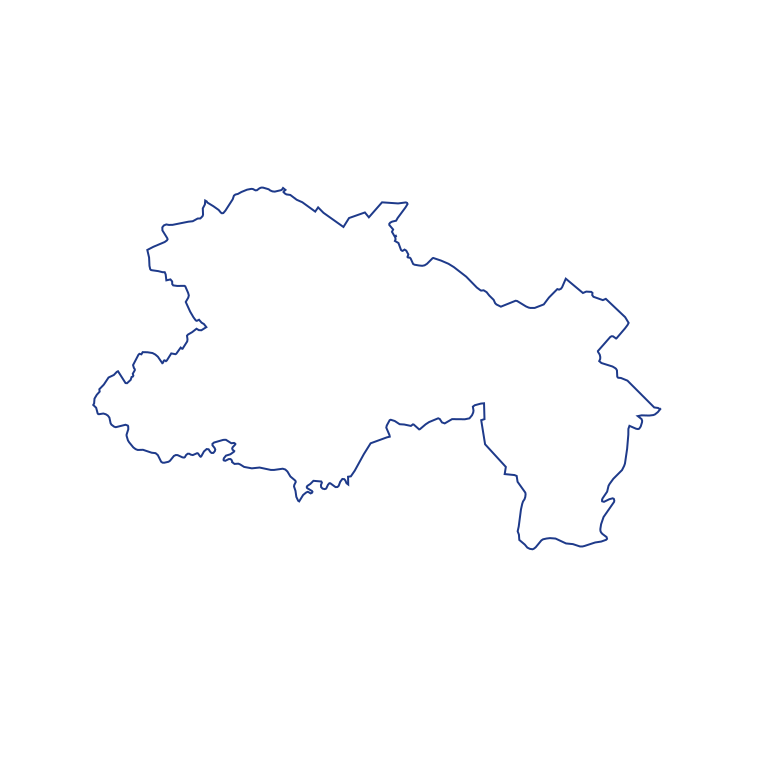 Dong Son, Thanh Hóa, Vietnam, rotated 307°
{"feature_id": "81297802B98540731986743", "entity_name": "Dong Son", "entity_type": "district", "adm_level": 2, "iso_a3": "VNM", "parent_name": "Vietnam", "parent_adm1": "Thanh Hóa", "projection": "mercator", "projection_center": [105.69, 19.795], "detail": "fine", "context": "isolated", "style": "outline", "palette": "blue", "viewbox_px": 768, "rotation_deg": 307, "n_neighbors": 0, "source": "geoboundaries", "source_scale": "gbopen_adm2", "svg_char_len": 6154}
<svg xmlns="http://www.w3.org/2000/svg" viewBox="0 0 768 768"><g transform="rotate(307 384 384)"><path d="M479.8,185.4L477.7,185.5L476.7,185.0L471.9,181.0L470.7,179.0L470.1,176.7L470.1,174.7L469.4,172.8L468.0,169.1L466.9,167.7L465.4,166.8L462.3,165.9L461.3,164.8L460.8,161.9L460.0,160.6L456.8,157.7L451.6,154.6L447.8,152.9L445.9,151.3L444.1,150.8L440.5,152.0L427.0,153.0L423.8,152.8L422.8,151.8L422.7,150.6L423.5,147.2L423.3,140.7L422.6,133.7L423.1,132.6L422.9,130.8L419.6,132.9L415.2,133.6L410.3,137.6L408.8,138.1L405.7,137.7L404.0,135.6L398.9,133.3L395.9,130.1L383.9,119.4L381.6,116.5L380.4,114.1L378.3,112.8L377.0,112.7L375.7,112.7L373.3,114.6L370.0,123.2L369.3,124.1L368.0,124.2L365.4,123.4L354.7,117.2L348.6,114.3L343.6,120.3L337.2,125.6L335.0,128.2L334.8,129.2L335.2,130.2L338.3,135.8L340.1,140.0L341.3,141.6L340.1,143.7L335.8,147.8L339.0,150.5L338.4,153.1L336.3,154.8L335.9,156.3L337.9,159.9L342.2,165.4L342.4,166.5L338.9,172.7L337.3,174.8L335.2,175.7L330.2,176.3L325.1,185.7L322.6,191.7L321.5,195.4L321.8,196.5L324.0,197.6L323.2,201.4L323.5,204.1L322.5,207.9L317.0,205.8L315.6,203.7L315.3,201.0L310.0,199.6L305.5,197.7L304.0,197.6L301.4,200.2L299.6,201.2L290.9,201.9L290.6,201.3L290.7,199.7L283.2,199.9L282.3,199.5L280.4,195.7L272.1,196.4L271.0,196.1L270.9,194.6L270.2,194.1L268.0,194.7L267.2,194.4L269.7,187.0L269.9,183.6L269.4,180.5L267.0,176.0L264.2,172.1L261.7,172.4L260.9,170.5L259.5,170.3L248.1,172.2L246.3,174.6L245.8,176.1L245.0,176.7L241.0,177.2L239.8,178.8L238.7,178.9L237.7,178.2L234.8,179.2L230.0,178.3L229.2,177.0L234.1,163.9L232.9,163.3L228.6,162.8L223.4,160.1L214.9,160.6L208.5,159.8L206.8,161.5L202.6,161.1L198.1,161.6L194.0,164.2L192.3,164.4L191.8,168.4L188.2,173.0L188.0,174.0L188.5,174.7L191.5,177.6L192.4,180.0L192.6,182.4L191.9,184.9L188.1,189.3L187.5,190.8L187.5,194.2L188.1,195.8L195.9,202.1L196.6,204.5L196.1,205.3L194.0,207.0L188.6,208.9L187.7,209.6L184.9,213.4L184.1,215.4L182.5,221.9L182.5,224.8L183.1,227.0L186.4,231.1L189.3,239.8L191.3,243.2L191.1,246.2L187.8,252.8L187.9,254.5L188.9,255.9L192.2,258.7L193.9,259.3L200.1,259.5L202.0,260.5L203.0,262.0L204.1,267.1L204.9,268.6L205.7,269.0L208.2,268.7L210.2,269.2L211.1,270.4L211.3,272.2L212.2,274.1L216.3,276.4L216.6,277.4L215.5,280.6L215.6,281.4L216.2,281.6L221.8,280.8L225.3,281.5L226.3,283.2L225.3,286.0L225.1,287.7L226.3,289.2L228.6,289.3L230.1,288.7L231.0,287.1L231.8,283.9L233.0,283.0L235.0,283.5L242.7,289.3L244.3,291.3L244.8,297.7L246.7,299.7L246.8,301.2L246.3,301.6L242.4,301.2L241.2,301.5L240.4,302.6L240.3,304.8L239.5,304.9L235.4,303.6L231.7,300.9L228.3,300.8L226.8,301.5L226.6,302.2L227.2,303.5L230.6,305.2L231.7,306.6L231.6,307.9L230.7,309.5L230.2,309.7L230.2,312.7L232.7,315.6L233.2,317.5L233.6,322.2L237.1,329.2L242.4,334.9L247.3,345.4L249.1,347.8L255.4,354.1L256.3,356.6L256.0,359.5L253.8,364.9L253.5,370.7L253.2,371.9L252.6,372.5L249.4,373.1L248.0,373.8L245.4,377.6L241.1,381.9L239.1,385.7L239.2,386.9L246.7,386.2L250.4,387.1L251.9,387.9L252.2,388.6L252.5,391.3L254.0,392.0L254.9,391.7L255.2,390.9L254.6,385.3L255.2,384.3L256.5,384.1L259.8,385.3L264.2,385.9L268.4,392.6L267.8,393.8L265.4,394.4L263.8,395.9L263.5,397.9L264.3,399.8L265.3,400.6L266.0,400.7L269.8,399.9L271.9,400.1L272.4,400.9L272.5,407.3L273.7,408.8L275.5,409.1L279.5,407.9L283.1,407.9L284.1,409.6L283.7,411.2L282.2,413.8L282.2,415.9L288.3,411.1L290.3,413.1L297.2,412.8L315.9,410.1L328.6,409.0L343.1,418.4L345.4,420.3L346.5,419.1L350.5,412.1L352.5,411.2L358.5,410.3L359.5,410.9L360.9,414.8L361.3,420.7L363.8,424.5L366.7,430.7L369.2,431.4L369.5,432.2L368.9,439.4L369.6,439.9L376.8,441.5L380.7,442.9L389.2,447.9L389.6,449.6L388.2,453.4L389.1,456.2L396.9,459.5L404.5,469.8L408.0,472.9L412.0,473.1L414.9,472.4L416.6,471.5L419.4,468.6L421.7,469.3L426.7,473.2L428.8,475.5L416.4,485.4L413.6,483.4L396.7,501.0L391.1,531.2L384.7,534.6L389.8,543.0L390.4,545.3L386.3,549.5L382.3,562.2L381.2,563.4L378.8,564.8L376.4,565.6L373.9,565.7L371.5,566.5L366.2,568.9L351.2,577.4L346.8,579.4L344.9,582.4L340.9,585.9L340.5,593.1L339.6,596.9L340.1,599.6L341.4,602.1L342.6,602.8L344.9,603.4L353.8,603.8L355.7,604.5L358.4,606.8L360.8,609.3L363.8,614.0L366.2,625.3L369.8,631.2L372.2,638.3L373.7,640.3L375.3,641.6L384.5,648.0L388.9,652.3L393.3,655.2L394.6,655.3L395.7,653.9L395.7,648.6L396.1,646.7L396.9,645.3L398.3,644.1L402.6,641.8L409.9,639.4L428.3,638.7L429.6,638.0L430.6,636.6L430.3,635.4L427.6,633.3L422.3,630.6L421.6,628.8L422.6,627.9L424.1,627.4L432.3,627.0L437.8,624.6L440.0,624.3L446.3,624.2L458.5,625.9L463.0,625.1L465.5,624.3L478.5,617.2L490.6,609.6L495.2,606.2L498.3,605.2L500.0,612.3L500.9,614.0L501.9,614.7L504.5,614.6L508.7,613.1L510.0,612.3L511.0,610.8L511.1,606.0L514.0,608.6L518.4,614.8L521.3,617.8L522.8,618.7L526.3,619.6L531.1,619.8L529.9,619.3L529.8,617.3L527.9,613.9L533.2,576.4L531.4,569.6L529.9,567.2L530.2,565.9L535.1,561.8L535.8,560.1L535.8,558.8L535.5,556.0L531.6,545.0L531.8,542.1L534.1,541.6L535.7,540.5L537.3,538.6L538.5,535.5L539.0,535.0L557.7,536.4L559.1,537.0L559.9,538.2L560.0,542.0L560.5,542.2L573.4,543.0L577.6,543.0L580.0,542.6L582.5,536.4L585.5,509.9L582.7,508.3L579.7,498.8L580.3,496.8L582.2,495.7L582.3,494.1L579.5,489.9L576.4,488.1L577.5,465.8L568.5,468.0L566.5,468.0L564.7,467.0L564.1,465.3L552.3,463.7L543.7,463.7L535.5,458.6L533.0,455.4L532.1,453.6L531.4,450.7L530.4,440.4L529.7,439.0L516.1,430.8L515.2,426.0L515.4,424.2L517.2,420.9L518.0,414.8L519.1,410.7L518.8,407.2L517.0,405.3L516.9,404.2L516.9,400.1L519.2,385.1L519.4,369.4L518.8,363.1L516.9,355.3L514.3,347.5L513.7,347.1L505.8,346.0L503.2,345.0L501.4,343.4L499.7,340.6L497.6,336.5L497.4,335.0L500.3,329.7L500.4,328.5L499.5,327.1L499.6,326.3L502.1,325.5L503.9,321.5L503.7,319.5L501.6,318.8L501.3,318.4L501.3,316.9L505.3,310.7L504.8,306.6L506.6,306.1L508.2,304.3L509.2,304.7L509.5,304.2L508.3,303.6L510.3,298.8L512.9,298.3L514.2,292.5L515.2,291.8L516.7,291.9L518.6,292.8L521.7,295.4L524.7,295.0L538.0,294.9L541.9,294.5L542.5,293.5L542.2,292.2L536.7,286.6L527.9,273.1L508.0,271.6L509.5,265.5L495.5,256.2L485.0,257.1L484.3,232.6L485.4,225.1L480.3,225.3L480.0,209.4L478.6,203.4L478.6,195.4L476.7,192.0L476.5,190.2L476.8,188.2L477.5,188.0L479.7,188.5L479.8,185.4Z" fill="none" stroke="#1e3a8a" stroke-width="2"/></g></svg>